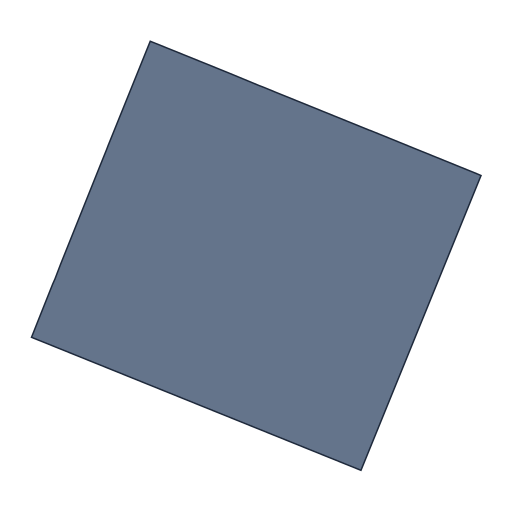 outline of Cheyenne, Kansas, United States of America, rotated 22°
{"feature_id": "52423323B56945179963975", "entity_name": "Cheyenne", "entity_type": "district", "adm_level": 2, "iso_a3": "USA", "parent_name": "United States of America", "parent_adm1": "Kansas", "projection": "equal_earth", "projection_center": [-101.838, 39.786], "detail": "fine", "context": "isolated", "style": "filled", "palette": "slate", "viewbox_px": 512, "rotation_deg": 22, "n_neighbors": 0, "source": "geoboundaries", "source_scale": "gbopen_adm2", "svg_char_len": 435}
<svg xmlns="http://www.w3.org/2000/svg" viewBox="0 0 512 512"><g transform="rotate(22 256 256)"><path d="M433.6,415.4L434.5,97.1L431.1,97.0L361.4,96.9L314.8,96.8L314.1,96.9L215.1,96.8L213.5,96.8L199.9,96.7L194.9,96.8L159.7,96.5L152.7,96.5L77.5,96.5L77.5,208.8L77.6,213.5L77.6,220.9L77.6,231.4L77.9,336.6L78.2,352.6L78.0,358.3L78.2,397.8L78.3,411.2L78.3,415.5L433.6,415.4Z" fill="#64748b" stroke="#1e293b" stroke-width="1.5"/></g></svg>